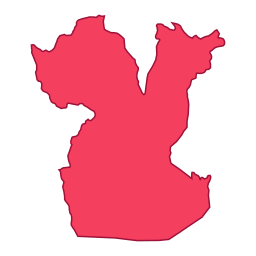 Bossangoa, Ouham, Central African Republic (Robinson projection)
{"feature_id": "33826404B90258922405871", "entity_name": "Bossangoa", "entity_type": "district", "adm_level": 2, "iso_a3": "CAF", "parent_name": "Central African Republic", "parent_adm1": "Ouham", "projection": "robinson", "projection_center": [17.361, 6.343], "detail": "fine", "context": "isolated", "style": "filled", "palette": "rose", "viewbox_px": 256, "rotation_deg": 0, "n_neighbors": 0, "source": "geoboundaries", "source_scale": "gbopen_adm2", "svg_char_len": 4285}
<svg xmlns="http://www.w3.org/2000/svg" viewBox="0 0 256 256"><path d="M35.6,72.1L37.1,79.7L38.4,81.2L40.0,81.3L41.2,82.2L41.8,84.1L41.7,86.0L41.4,88.6L42.3,90.2L43.5,91.3L46.2,92.3L47.5,93.0L49.5,95.3L49.8,98.2L50.8,100.4L51.5,101.9L53.0,102.9L54.4,103.3L55.5,104.0L56.6,106.1L59.6,107.6L61.3,108.5L62.8,108.1L63.9,107.9L65.5,107.9L65.8,107.7L66.4,107.5L66.8,106.6L67.0,104.2L68.2,103.1L75.1,104.5L78.2,105.0L79.7,103.6L82.6,103.6L84.2,105.5L87.5,107.2L90.0,109.1L92.4,110.5L94.1,111.3L95.2,113.8L95.0,116.1L93.9,118.0L92.5,119.1L91.3,120.4L89.4,120.5L88.1,119.3L85.8,121.1L85.2,123.6L83.5,123.9L82.5,124.4L81.8,125.3L81.3,127.0L81.0,128.6L80.5,130.2L79.6,131.1L78.9,132.6L78.5,134.4L76.2,136.3L73.1,136.8L72.0,137.4L70.9,141.1L70.9,143.1L71.9,144.9L71.2,146.2L70.4,148.8L67.9,155.8L68.3,158.6L68.7,160.6L69.4,162.9L70.2,164.2L70.2,165.8L70.0,167.1L63.0,167.9L60.8,169.4L59.0,169.8L60.4,171.5L60.9,174.9L61.1,176.8L61.7,178.9L62.6,180.1L63.7,181.3L63.8,183.0L63.4,184.3L62.8,186.5L63.2,188.7L64.0,191.9L64.6,196.1L64.7,199.7L66.0,201.7L67.8,203.9L69.2,206.4L69.3,209.3L70.0,213.2L71.1,214.4L71.7,217.1L71.7,219.8L71.3,222.7L71.3,225.1L72.8,227.6L74.5,230.0L77.8,236.3L103.1,237.4L114.9,237.9L137.1,240.6L159.2,240.4L168.8,239.4L177.3,233.8L198.0,219.8L202.0,217.2L206.4,211.4L209.7,207.2L208.4,195.2L208.9,190.2L207.6,186.7L208.5,182.7L209.4,181.6L210.6,178.2L210.7,176.6L210.1,175.5L209.1,175.4L208.9,175.4L207.6,176.1L207.2,177.5L207.0,178.0L205.0,178.7L204.4,178.9L203.9,178.7L202.9,177.7L201.9,177.4L201.4,177.8L200.7,178.2L200.2,179.5L199.6,178.9L199.5,177.4L198.0,175.5L197.1,175.3L195.6,174.4L195.1,174.4L193.9,172.6L192.7,172.4L192.0,172.4L191.8,173.9L191.7,175.8L191.8,178.6L179.2,169.0L170.9,163.3L169.5,156.6L170.9,153.0L170.1,150.7L170.5,146.7L176.5,141.6L181.9,134.7L183.6,131.4L187.0,127.3L187.0,121.2L188.2,114.4L188.7,104.5L188.2,100.4L187.4,97.2L187.4,94.9L186.8,91.5L187.2,89.4L189.1,87.3L190.4,84.8L191.0,81.9L191.5,80.0L192.3,79.4L193.4,79.0L194.7,78.6L196.0,77.8L196.0,77.6L196.1,75.2L196.2,74.8L196.7,73.2L197.6,73.1L198.7,73.4L200.9,73.4L203.3,72.8L204.3,72.3L205.5,70.9L205.9,69.7L207.1,69.5L208.7,69.3L210.5,67.8L210.5,67.2L210.5,64.6L210.3,62.9L209.7,61.4L210.0,60.4L210.7,59.6L211.4,58.6L211.6,56.5L211.3,55.3L210.9,54.4L210.0,53.1L209.8,52.1L210.5,51.3L211.8,50.5L214.3,48.2L216.7,47.0L218.4,46.6L221.1,46.2L223.3,45.7L224.5,44.1L224.6,41.9L223.8,39.7L223.0,38.8L220.9,38.0L218.3,37.8L218.2,36.6L219.3,33.7L216.8,29.9L215.4,30.6L214.5,31.2L214.0,31.7L213.7,32.2L210.5,34.7L208.5,35.9L205.7,36.6L204.0,37.2L200.5,39.1L197.4,37.0L196.4,35.7L196.0,35.4L195.0,35.8L193.3,36.8L192.9,37.6L192.5,38.2L188.8,36.7L186.9,35.0L183.6,31.6L181.6,28.4L180.5,26.1L178.3,24.4L175.5,23.6L172.2,22.9L174.1,25.3L175.1,26.8L175.4,28.3L174.3,30.2L173.0,30.1L170.9,29.6L169.5,29.3L168.2,28.1L167.0,27.3L165.8,26.8L163.9,26.1L162.9,24.8L161.9,24.3L160.9,24.1L159.7,24.1L158.7,24.1L157.6,24.1L156.6,25.2L156.6,26.2L157.1,27.2L157.4,27.9L157.2,28.9L157.7,30.1L157.3,31.4L156.8,33.3L156.3,34.4L155.8,35.3L155.6,36.3L155.7,37.6L156.5,38.7L157.0,38.8L158.5,39.0L159.2,39.1L159.7,39.6L159.7,40.3L159.1,41.1L158.7,41.6L158.2,42.6L156.5,46.5L156.8,54.5L155.7,60.0L152.7,66.2L148.0,73.9L147.3,77.1L146.6,82.1L145.6,89.8L145.2,92.8L145.2,93.2L144.7,94.1L144.4,94.4L143.8,94.6L143.0,93.9L141.8,92.3L141.2,90.8L138.8,85.8L138.2,84.3L138.4,82.3L138.4,81.3L137.4,79.6L136.8,76.6L136.9,74.4L137.5,71.6L138.3,69.6L138.3,67.7L136.8,65.9L135.4,62.9L134.9,59.6L132.8,58.0L127.2,51.6L124.8,48.1L124.5,44.2L124.0,38.8L121.1,36.1L118.9,34.3L117.0,33.2L114.5,32.8L110.8,32.6L107.1,30.9L104.6,29.5L104.0,27.3L103.3,21.3L104.4,16.0L102.3,16.3L100.9,16.1L99.8,15.6L98.8,15.4L97.4,16.4L96.6,17.3L95.4,17.3L93.7,17.0L91.9,17.0L89.2,17.0L87.6,17.5L84.2,18.3L82.2,18.8L78.6,20.0L77.4,20.9L76.5,22.6L76.5,24.5L76.3,25.6L74.9,27.3L74.5,28.3L74.4,29.5L73.0,31.3L72.7,32.8L70.8,35.3L68.7,35.3L66.7,35.5L65.7,35.2L64.4,34.5L59.9,35.7L58.2,38.1L57.7,38.9L56.8,41.6L55.2,45.5L54.8,47.0L54.1,48.3L53.1,49.3L51.9,50.4L50.6,51.2L49.3,51.8L48.2,51.5L47.1,51.0L46.4,50.4L45.6,50.2L44.1,51.2L42.4,51.4L41.9,51.1L40.3,49.6L39.1,49.0L37.6,48.3L35.9,46.9L35.1,46.1L34.2,45.0L32.9,44.8L31.4,45.0L31.7,49.0L32.0,50.3L31.7,52.5L36.7,65.0L36.7,68.5L36.6,70.4L35.6,72.1Z" fill="#f43f5e" stroke="#9f1239" stroke-width="1.5"/></svg>